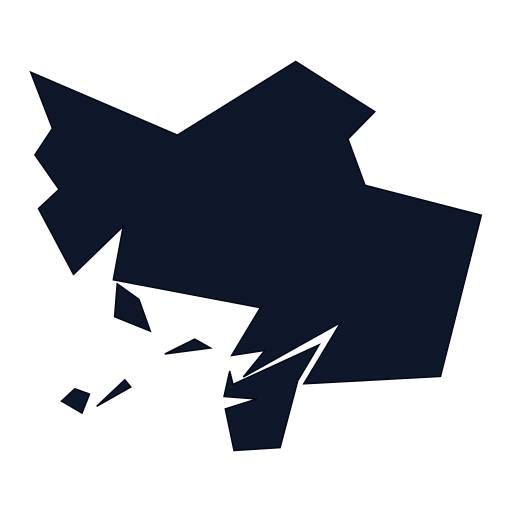 the border of Finland Proper
{"feature_id": "FIN-3191", "entity_name": "Finland Proper", "entity_type": "Region", "adm_level": 1, "iso_a3": "FIN", "parent_name": "Finland", "parent_adm1": "", "projection": "orthographic", "projection_center": [22.144, 60.47], "detail": "coarse", "context": "isolated", "style": "filled", "palette": "ink", "viewbox_px": 512, "rotation_deg": 0, "n_neighbors": 0, "source": "natural_earth", "source_scale": "10m", "svg_char_len": 722}
<svg xmlns="http://www.w3.org/2000/svg" viewBox="0 0 512 512"><path d="M440.5,376.4L303.8,383.8L340.7,322.5L243.3,377.0L264.9,350.4L231.6,355.5L260.4,307.7L113.3,279.8L123.2,226.3L73.5,274.4L38.5,208.6L59.0,189.4L34.9,154.9L52.4,128.4L30.7,72.2L177.3,135.1L295.7,61.5L374.8,111.7L348.0,139.0L365.0,185.3L481.3,215.2L440.5,376.4ZM233.0,384.4L319.1,344.8L297.8,380.6L280.1,447.6L234.0,450.5L225.3,408.9L256.8,399.0L224.0,396.5L229.7,371.0L233.0,384.4ZM150.3,331.1L114.6,316.7L117.2,283.8L138.9,299.3L150.3,331.1ZM164.8,354.0L194.7,339.1L210.5,348.0L164.8,354.0ZM96.7,406.3L124.8,379.8L130.8,387.0L96.7,406.3ZM61.5,401.1L74.8,388.8L89.5,394.1L82.0,413.1L61.5,401.1Z" fill="#0f172a" stroke="#020617" stroke-width="1.5"/></svg>